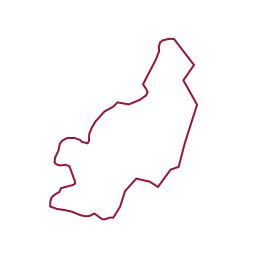 the district of Nairi, Kotayk, Armenia, rotated 18°
{"feature_id": "60910142B16910002404560", "entity_name": "Nairi", "entity_type": "district", "adm_level": 2, "iso_a3": "ARM", "parent_name": "Armenia", "parent_adm1": "Kotayk", "projection": "robinson", "projection_center": [44.476, 40.372], "detail": "fine", "context": "isolated", "style": "outline", "palette": "rose", "viewbox_px": 256, "rotation_deg": 18, "n_neighbors": 0, "source": "geoboundaries", "source_scale": "gbopen_adm2", "svg_char_len": 946}
<svg xmlns="http://www.w3.org/2000/svg" viewBox="0 0 256 256"><g transform="rotate(18 128 128)"><path d="M144.2,29.1L139.5,30.5L134.0,33.9L132.1,36.7L132.2,41.2L133.9,45.4L133.3,54.8L130.4,72.0L128.8,81.9L132.9,85.0L135.4,87.7L135.2,91.3L130.4,97.7L121.5,105.3L110.1,106.9L107.2,112.5L103.2,116.7L100.6,119.4L95.0,132.0L93.4,139.0L93.0,145.9L94.9,152.4L94.3,155.1L88.6,155.4L85.8,154.2L80.3,154.0L73.1,156.4L69.4,160.4L68.1,163.9L68.8,171.2L67.8,178.9L68.9,183.6L71.2,184.7L74.8,184.7L79.9,182.3L84.1,182.5L90.5,190.6L94.4,195.7L94.8,197.2L93.3,199.2L82.8,206.0L82.6,209.9L79.0,213.9L76.7,217.9L76.8,221.6L78.3,226.7L85.3,226.9L92.9,225.7L100.3,224.9L109.2,225.6L114.5,225.2L118.5,223.6L122.5,219.7L131.8,222.8L134.3,222.0L138.5,218.8L141.7,217.8L144.8,205.5L144.7,188.9L151.5,173.6L165.1,172.3L174.7,174.8L181.4,154.4L188.2,149.3L186.7,125.2L186.5,84.5L165.9,65.5L171.3,47.7L144.2,29.1Z" fill="none" stroke="#9f1239" stroke-width="2"/></g></svg>